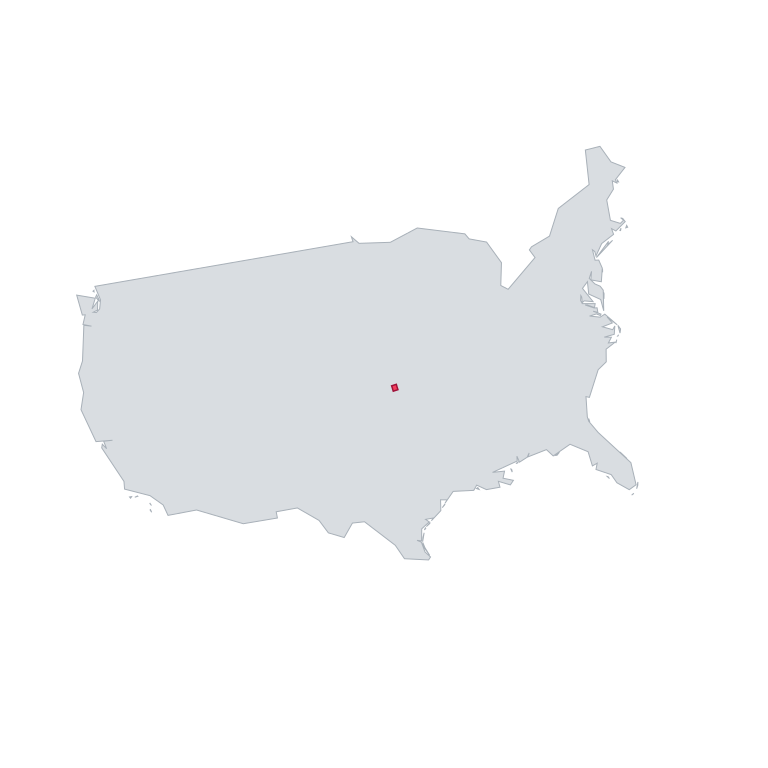 Coffey, Kansas, United States of America shown in context, rotated 342°
{"feature_id": "52423323B11370315418509", "entity_name": "Coffey", "entity_type": "district", "adm_level": 2, "iso_a3": "USA", "parent_name": "United States of America", "parent_adm1": "Kansas", "projection": "albers", "projection_center": [-95.754, 38.236], "detail": "fine", "context": "in_parent", "style": "filled", "palette": "rose", "viewbox_px": 768, "rotation_deg": 342, "n_neighbors": 0, "source": "geoboundaries", "source_scale": "gbopen_adm2", "svg_char_len": 3963}
<svg xmlns="http://www.w3.org/2000/svg" viewBox="0 0 768 768"><g transform="rotate(342 384 384)"><path d="M604.0,270.9L640.7,257.7L647.8,223.7L662.8,224.7L668.5,242.9L680.1,252.5L667.2,261.2L667.5,264.8L663.9,261.3L662.4,269.6L652.7,277.8L649.9,298.3L658.4,304.3L662.5,302.2L660.4,299.1L662.2,300.3L663.6,304.1L651.8,310.1L648.4,306.5L648.6,312.6L634.4,317.7L625.2,327.7L625.4,323.2L623.7,320.8L623.0,331.5L626.5,332.5L627.4,341.3L622.3,353.9L612.9,348.9L616.2,341.0L611.8,347.0L615.6,354.1L619.8,357.8L621.5,362.5L615.6,382.3L616.2,370.6L606.5,361.7L609.1,349.5L602.3,354.4L608.3,370.3L600.1,366.8L597.7,367.9L598.9,362.3L598.5,360.7L596.8,365.3L597.4,368.8L609.7,372.8L607.8,376.3L601.7,371.6L599.7,371.0L607.3,376.6L610.2,377.4L609.5,381.9L605.4,379.4L612.0,384.6L610.9,385.7L607.7,383.0L600.5,382.9L610.2,387.2L615.6,385.8L624.1,399.8L616.9,389.2L620.0,396.5L609.4,397.1L618.3,403.0L621.5,400.1L618.3,407.9L608.0,407.5L614.7,409.8L610.1,414.3L616.8,415.6L606.0,419.5L602.2,431.6L592.1,436.6L575.2,460.2L572.2,458.4L567.2,478.1L567.2,482.8L572.7,496.3L594.5,535.1L592.6,557.7L584.6,560.3L575.0,549.9L572.1,540.4L559.2,530.8L562.3,525.2L556.9,526.3L557.2,511.5L542.3,498.8L522.7,504.7L518.2,496.6L498.5,497.8L500.7,494.4L497.5,497.9L488.7,500.2L488.1,493.7L486.9,498.4L459.9,501.6L471.7,504.1L468.1,510.4L477.3,515.6L473.0,519.0L462.7,511.9L462.4,518.0L448.8,516.1L440.9,508.8L436.5,512.9L416.6,507.5L405.3,516.1L408.2,513.7L402.0,511.6L398.9,522.0L386.8,528.7L389.6,526.7L381.7,525.6L384.4,529.1L375.1,533.4L371.3,544.8L367.1,542.9L370.7,546.0L371.1,556.5L374.8,562.9L372.0,565.1L349.5,556.5L344.9,540.9L322.9,509.0L311.0,506.5L298.7,517.7L285.1,508.4L280.1,493.7L263.3,475.1L242.0,472.2L241.2,478.5L207.0,473.4L166.8,445.9L138.0,442.2L136.6,430.8L127.0,417.9L104.8,403.8L106.6,396.3L95.8,357.5L97.5,354.2L100.2,359.8L99.7,351.8L108.4,353.6L92.3,349.8L87.9,314.8L95.7,299.3L96.8,279.5L104.4,268.9L116.7,235.4L123.7,238.6L116.1,234.4L121.2,225.9L118.4,225.2L119.2,204.5L135.9,213.2L129.5,222.3L137.3,216.8L134.4,225.1L129.6,225.9L132.5,227.2L136.8,224.7L140.4,216.4L139.2,201.8L398.5,239.1L398.5,233.9L403.7,242.5L433.8,251.2L463.8,245.9L507.3,266.2L509.8,272.3L525.4,280.7L533.2,304.9L525.5,326.4L531.3,332.3L566.7,310.4L563.7,301.4L566.7,299.1L587.1,294.5L604.0,270.9ZM639.8,320.7L645.8,318.0L625.1,329.4L641.6,317.7L639.8,320.7ZM138.3,210.4L139.1,216.4L138.7,217.2L136.6,212.2L138.3,210.4ZM374.5,561.1L371.6,551.9L371.9,546.6L372.3,552.1L374.5,561.1ZM668.9,261.5L669.6,264.3L668.5,264.0L668.9,261.5ZM441.2,511.5L441.9,513.7L439.6,512.0L441.2,511.5ZM112.0,414.7L115.0,414.3L115.2,414.7L112.0,414.7ZM109.2,413.1L107.7,414.3L107.1,412.8L109.2,413.1ZM657.6,309.0L656.4,311.2L655.8,310.9L657.6,309.0ZM373.7,541.8L372.0,546.0L376.2,537.9L373.7,541.8ZM587.8,522.2L592.0,529.9L587.2,521.5L587.8,522.2ZM124.6,425.2L125.3,427.7L124.4,425.3L124.6,425.2ZM594.1,558.7L591.9,561.7L595.2,555.6L594.1,558.7ZM626.0,404.8L624.2,408.5L624.6,400.5L626.0,404.8ZM137.1,205.3L136.7,206.8L135.9,205.8L137.1,205.3ZM384.5,530.8L380.2,532.7L384.7,530.2L384.5,530.8ZM663.8,308.1L664.2,310.2L662.2,310.2L663.8,308.1ZM123.1,431.3L123.4,434.2L122.6,431.5L123.1,431.3ZM379.1,534.2L377.3,535.3L378.9,533.6L379.1,534.2ZM621.2,366.1L619.5,371.0L621.2,364.4L621.2,366.1ZM404.0,517.9L401.2,519.6L405.2,516.7L404.0,517.9ZM568.0,480.2L568.0,483.7L567.4,481.4L568.0,480.2ZM617.8,415.9L617.1,416.8L619.1,413.7L617.8,415.9ZM529.8,503.1L526.6,505.2L525.3,505.0L529.8,503.1ZM487.4,499.7L486.8,500.4L484.9,500.4L487.4,499.7ZM568.4,541.3L569.2,543.6L567.7,540.9L568.4,541.3ZM479.1,505.2L478.7,507.4L478.3,503.5L479.1,505.2ZM587.1,565.6L585.2,566.2L587.8,565.1L587.1,565.6ZM627.2,342.9L626.4,345.3L627.2,341.9L627.2,342.9ZM622.3,409.6L621.4,410.6L621.1,410.6L622.3,409.6Z" fill="#d9dde1" stroke="#a8b0b8" stroke-width="1"/><path d="M390.6,391.8L390.6,393.7L395.5,393.7L395.5,390.5L395.6,388.7L395.6,388.1L390.7,388.1L390.7,390.5L390.6,391.8Z" fill="#f43f5e" stroke="#9f1239" stroke-width="1.5"/></g></svg>